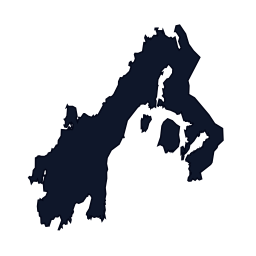 Selje nor, Sogn og Fjordane, Norway (Robinson projection), rotated 274°
{"feature_id": "86288312B90490853965577", "entity_name": "Selje nor", "entity_type": "district", "adm_level": 2, "iso_a3": "NOR", "parent_name": "Norway", "parent_adm1": "Sogn og Fjordane", "projection": "robinson", "projection_center": [5.32, 62.075], "detail": "fine", "context": "isolated", "style": "filled", "palette": "ink", "viewbox_px": 256, "rotation_deg": 274, "n_neighbors": 0, "source": "geoboundaries", "source_scale": "gbopen_adm2", "svg_char_len": 5863}
<svg xmlns="http://www.w3.org/2000/svg" viewBox="0 0 256 256"><g transform="rotate(274 128 128)"><path d="M227.6,167.9L227.8,168.7L226.7,170.0L222.1,173.5L218.0,172.6L211.5,175.6L209.2,173.6L211.6,171.8L221.9,168.5L220.0,166.2L221.4,164.5L220.4,162.7L223.1,158.2L228.1,156.0L225.8,155.6L227.3,154.8L227.0,149.9L229.6,150.8L229.4,148.2L228.0,148.1L228.0,149.4L222.5,151.2L221.9,150.6L222.5,149.9L221.9,148.9L222.2,147.5L218.0,144.6L219.1,143.8L218.2,143.2L218.1,142.5L219.4,142.0L218.6,141.3L221.2,139.0L219.1,138.5L215.3,140.3L214.5,139.3L212.4,139.5L214.2,138.9L214.3,138.0L205.2,137.3L203.0,132.9L202.9,129.8L201.8,129.4L197.8,130.7L194.6,129.8L192.5,127.7L194.2,126.5L192.1,125.6L193.7,125.4L193.3,125.0L190.6,124.7L190.1,126.4L188.9,126.8L184.6,125.7L180.4,122.0L179.7,120.2L177.5,119.0L177.6,116.9L173.8,115.5L170.3,115.6L160.8,111.7L158.6,110.2L157.5,108.0L157.8,107.4L155.1,104.2L151.9,104.5L151.0,103.2L151.5,102.3L150.5,101.3L148.9,101.9L139.4,97.5L138.1,95.7L138.7,95.5L137.1,94.0L137.0,92.9L137.9,92.5L136.0,91.0L136.9,87.5L139.2,83.7L139.0,82.7L135.6,80.8L134.6,79.4L135.1,78.9L135.1,78.3L134.4,79.3L133.3,77.9L130.5,77.2L134.2,75.5L136.5,76.2L144.2,74.3L145.6,71.3L145.3,66.6L146.5,65.9L144.3,65.2L145.2,66.5L135.9,66.4L132.9,65.1L132.3,63.9L130.6,65.2L127.9,65.4L126.6,65.1L126.4,64.1L124.7,64.9L124.5,66.8L129.2,69.3L129.4,69.9L127.4,71.0L129.4,71.4L127.6,73.1L123.2,72.8L122.5,72.3L122.6,70.7L124.5,71.4L124.9,71.4L122.6,69.6L125.5,69.2L122.2,68.0L121.6,66.5L121.7,61.8L115.3,62.0L110.8,59.5L106.9,59.5L105.2,58.3L105.7,57.7L102.4,56.1L101.3,54.6L101.8,53.8L98.6,53.2L97.4,50.4L95.6,49.7L93.7,46.8L93.4,41.3L93.9,41.5L93.8,40.3L92.1,39.6L91.3,38.6L92.1,38.6L91.6,37.9L81.8,38.5L79.1,36.6L73.5,36.3L72.2,35.0L72.6,33.1L71.5,32.4L69.7,34.2L65.8,35.5L68.6,37.1L68.6,40.5L70.6,41.3L66.9,43.0L67.6,44.7L66.9,46.0L74.0,46.1L74.5,47.6L75.0,47.9L74.7,46.5L80.0,47.2L81.0,48.4L80.2,49.7L76.4,49.9L74.2,49.1L74.3,48.1L73.7,48.7L67.3,47.5L59.4,48.6L59.2,52.0L57.8,52.2L54.3,51.0L51.7,47.9L50.0,47.9L50.9,45.7L50.4,45.9L49.7,43.5L43.6,43.2L38.8,44.0L38.4,45.3L34.2,45.9L33.0,47.4L27.4,48.0L26.5,48.5L27.2,51.5L24.3,53.0L24.7,55.2L26.1,55.4L25.3,56.1L31.6,57.7L31.9,59.9L34.6,61.3L34.5,64.2L36.2,65.4L36.0,66.3L31.4,68.5L21.8,65.7L21.8,66.6L24.9,67.9L24.2,69.2L26.5,68.7L28.9,70.6L27.7,72.4L28.2,73.8L31.6,73.6L32.9,74.7L30.0,77.2L32.5,77.6L35.2,76.6L35.9,77.8L39.4,78.0L39.0,78.7L40.6,79.3L42.8,78.6L48.8,80.3L50.3,81.9L49.5,84.1L51.6,88.1L57.1,91.3L57.2,92.4L59.4,93.0L58.7,95.2L55.9,97.1L44.8,95.2L40.4,92.9L38.6,92.7L38.1,93.8L35.1,94.3L34.6,95.0L35.1,95.6L37.4,96.2L35.2,97.3L37.6,97.8L36.6,100.6L37.6,103.1L37.0,104.5L38.3,106.3L36.2,106.4L35.7,107.8L33.5,108.6L36.2,110.0L38.6,109.6L37.1,111.4L43.4,109.7L44.1,110.4L43.5,110.7L44.6,110.9L50.7,109.6L50.6,110.5L53.2,109.8L54.0,110.4L55.6,109.8L60.6,110.4L66.8,109.3L76.2,110.2L82.4,109.6L85.4,110.4L90.9,108.9L96.9,109.2L104.9,112.8L111.3,120.2L118.5,123.1L118.8,123.9L117.7,124.9L120.3,123.9L135.6,126.7L149.4,136.0L151.1,138.0L152.6,138.3L153.3,141.5L152.9,143.3L156.0,146.0L154.1,147.7L151.4,147.1L153.2,148.1L150.3,147.8L150.2,148.5L151.3,148.6L149.5,149.2L150.7,149.6L149.8,149.5L149.6,150.4L151.5,152.5L150.7,154.0L157.0,154.0L157.9,153.5L156.7,153.4L158.7,153.1L161.2,154.1L172.3,154.5L171.8,155.2L173.5,154.2L178.4,154.3L183.7,156.4L184.5,157.5L183.9,158.4L185.9,158.8L185.2,157.5L185.6,156.7L187.3,157.2L191.0,160.1L191.2,161.8L194.0,163.3L194.3,164.6L190.1,168.7L185.8,168.8L180.2,165.6L179.5,163.5L175.3,160.4L171.4,162.1L168.9,161.0L169.2,160.1L164.2,161.4L162.5,160.2L160.6,162.4L157.3,162.9L156.0,162.0L155.8,160.9L158.2,159.1L158.8,157.1L152.2,156.0L151.9,156.7L153.2,157.1L152.6,159.0L153.8,159.9L153.1,160.3L153.6,161.1L151.2,161.5L152.6,162.7L149.7,164.8L148.9,169.2L146.9,174.5L145.2,176.1L145.7,178.0L147.7,180.0L139.4,183.3L139.3,185.2L138.8,185.2L139.2,188.3L138.6,188.2L138.5,189.6L137.1,190.1L137.4,192.3L136.7,192.8L134.4,191.0L134.4,189.5L133.1,189.0L133.9,187.8L133.4,186.8L130.1,186.7L129.3,186.2L129.6,184.8L123.4,186.6L123.8,187.1L122.7,189.1L120.3,188.4L118.8,190.2L117.4,190.4L117.4,189.0L116.1,188.6L117.0,187.1L114.7,187.6L115.3,186.9L109.3,186.3L113.3,184.0L112.3,182.4L106.4,182.8L107.2,183.2L106.4,183.3L106.6,183.8L100.2,184.0L100.4,185.1L103.7,185.7L105.3,185.3L104.6,185.0L104.9,184.3L106.9,184.5L105.7,185.0L107.1,185.2L107.0,186.2L106.2,186.4L107.5,187.7L111.5,190.2L116.7,190.9L116.5,191.7L119.9,194.5L126.2,197.9L124.7,198.8L125.2,199.5L129.3,200.1L128.8,201.4L129.8,201.8L129.0,203.0L131.1,204.9L126.9,207.5L127.5,208.0L126.4,207.8L126.3,209.5L123.2,209.8L122.0,206.9L119.8,206.2L119.3,204.5L114.1,203.8L114.4,203.3L112.4,201.8L112.8,201.4L112.3,201.4L111.9,199.0L109.8,197.1L109.9,196.5L108.7,196.1L109.2,195.4L107.9,195.1L108.3,194.0L106.8,192.3L105.4,192.1L105.0,189.7L100.6,187.9L99.2,188.2L98.8,190.9L98.0,190.7L97.3,192.6L95.7,191.5L94.8,192.7L91.5,191.6L89.5,192.9L86.4,193.1L87.3,194.0L86.5,194.0L82.7,191.8L79.9,191.5L79.3,192.4L79.6,194.6L81.9,196.0L80.6,198.6L82.8,200.5L81.3,202.7L82.4,205.0L88.6,203.1L97.5,212.9L99.6,214.1L110.7,215.1L114.6,218.1L117.0,218.6L122.4,223.6L134.1,222.3L138.3,214.1L146.7,207.7L162.7,192.2L165.7,186.1L174.5,185.8L179.5,184.3L203.5,194.7L209.5,187.8L215.8,182.6L225.9,178.8L234.2,172.3L233.2,168.9L227.6,167.9ZM121.1,161.3L112.7,159.1L113.9,161.2L112.4,164.7L106.1,167.2L106.2,168.3L108.6,169.8L107.5,171.1L108.4,172.9L107.4,172.9L108.6,174.2L107.4,174.5L113.1,179.4L118.7,180.2L124.7,178.7L132.9,179.2L134.7,175.8L138.2,171.8L139.9,166.9L136.3,163.3L132.4,161.8L121.1,161.3ZM136.3,140.8L127.6,141.4L130.2,141.8L128.7,142.8L125.3,142.6L126.8,144.9L126.1,145.5L128.9,147.2L134.4,148.3L138.2,150.5L140.9,149.6L140.4,148.4L141.6,146.6L139.7,146.2L141.0,145.3L140.3,144.6L141.8,144.4L141.8,143.3L142.7,142.8L139.3,143.0L137.3,141.9L138.0,141.1L136.3,140.8Z" fill="#0f172a" stroke="#020617" stroke-width="1.5"/></g></svg>